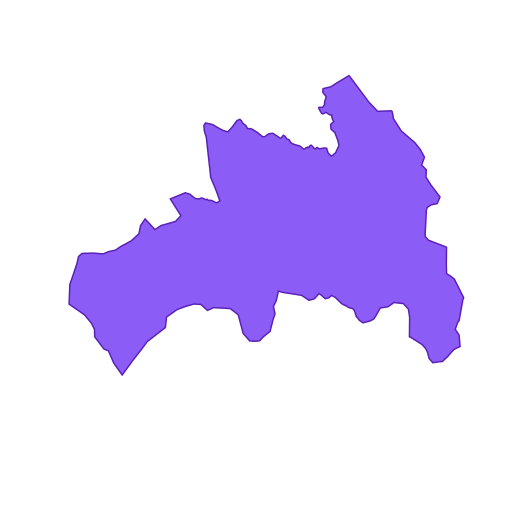 outline of Zaria, Kaduna, Nigeria, rotated 345°
{"feature_id": "59680162B50201894093674", "entity_name": "Zaria", "entity_type": "district", "adm_level": 2, "iso_a3": "NGA", "parent_name": "Nigeria", "parent_adm1": "Kaduna", "projection": "natural_earth1", "projection_center": [7.7, 11.029], "detail": "fine", "context": "isolated", "style": "filled", "palette": "violet", "viewbox_px": 512, "rotation_deg": 345, "n_neighbors": 0, "source": "geoboundaries", "source_scale": "gbopen_adm2", "svg_char_len": 3659}
<svg xmlns="http://www.w3.org/2000/svg" viewBox="0 0 512 512"><g transform="rotate(345 256 256)"><path d="M415.4,402.7L415.9,402.1L423.0,397.5L429.7,396.2L431.7,385.0L429.5,378.3L433.7,372.3L435.4,371.1L444.4,351.9L445.8,350.0L441.6,329.7L438.8,325.8L435.5,322.4L437.6,313.7L442.3,296.8L426.6,285.3L424.4,280.7L432.5,255.6L434.0,253.4L438.4,251.9L444.6,252.3L449.0,246.6L443.2,232.4L440.6,223.7L442.8,216.8L439.5,211.0L444.3,204.2L442.9,198.5L442.3,195.7L438.7,187.5L428.7,172.9L424.6,159.8L424.2,158.6L424.5,157.7L424.9,151.8L424.4,150.8L417.9,149.3L410.8,147.7L409.0,144.1L404.7,136.3L394.8,111.3L392.5,105.8L378.6,109.8L372.1,111.9L364.1,111.7L362.9,115.0L365.0,120.4L362.3,124.7L361.2,127.7L358.8,129.6L355.5,128.7L354.9,129.1L355.0,130.5L356.2,135.0L356.6,135.6L357.2,135.9L357.7,136.0L358.6,135.9L360.1,135.3L361.6,136.2L363.3,138.3L364.5,139.1L365.4,139.3L365.2,143.3L365.4,144.3L365.5,144.9L365.9,146.2L362.1,148.3L361.3,152.8L364.3,157.5L364.1,157.6L364.5,160.9L364.9,164.8L364.8,170.6L359.7,176.8L356.2,178.5L354.9,178.9L354.6,179.0L354.3,178.5L352.4,175.4L352.3,173.7L352.1,172.5L352.2,170.4L351.1,169.6L349.5,169.3L348.8,169.2L346.8,169.0L345.3,169.1L344.2,168.1L343.1,166.9L342.6,167.1L342.0,168.0L341.4,167.6L340.0,167.3L339.8,166.5L339.7,166.2L338.6,164.2L338.2,163.4L337.6,163.2L336.9,163.3L335.8,164.3L335.3,165.0L334.8,164.9L334.3,164.2L333.1,164.5L332.5,164.3L332.1,164.4L331.7,165.0L330.6,165.2L329.5,165.0L329.2,164.4L328.6,163.7L328.4,163.2L327.7,162.3L327.2,161.5L326.5,160.9L326.3,160.7L325.4,160.3L320.9,157.5L319.1,155.7L318.9,155.2L318.5,153.8L317.9,152.1L316.0,150.9L315.5,149.3L315.2,148.1L313.6,146.4L311.0,148.5L309.7,148.4L307.5,145.6L303.9,141.8L300.7,141.3L299.2,141.5L295.7,142.9L294.3,142.9L293.1,142.3L291.4,139.9L289.1,136.7L287.3,134.9L285.8,133.2L284.1,131.7L280.7,130.7L280.4,128.7L279.7,126.9L277.9,124.9L277.3,123.1L276.9,121.6L275.8,119.8L272.6,120.3L266.8,125.0L260.9,128.8L256.7,126.2L252.1,121.9L248.2,117.8L241.6,114.4L239.4,116.6L238.5,121.5L238.7,128.6L232.6,168.5L234.4,181.8L234.9,187.4L235.4,193.4L232.3,194.4L231.2,194.0L229.9,193.1L229.1,192.2L227.8,191.1L226.1,190.2L225.2,190.4L224.1,189.6L223.8,188.8L222.9,188.5L221.8,188.5L220.9,187.6L219.5,186.4L218.4,185.8L216.3,186.1L214.1,185.6L212.5,184.9L211.1,183.3L210.0,181.9L208.2,179.2L204.0,176.6L188.0,178.7L193.9,197.6L187.1,201.8L172.2,202.0L165.2,204.3L158.5,191.5L152.4,196.7L148.6,204.3L139.3,209.1L127.5,211.9L121.6,214.0L115.3,213.6L108.9,214.4L99.4,211.0L88.6,208.5L84.5,210.5L81.3,216.6L74.4,227.1L68.8,235.3L63.0,254.1L75.1,268.4L79.6,278.2L81.0,285.0L80.7,286.2L79.3,292.4L85.1,306.6L88.9,309.4L90.9,322.6L95.9,336.3L110.2,324.8L121.5,316.3L128.8,310.5L149.9,301.7L153.8,291.8L158.7,290.0L166.0,287.3L174.8,286.5L183.6,286.3L190.2,288.5L195.1,296.0L201.7,294.9L210.6,297.8L217.6,300.2L223.6,308.1L223.6,327.6L226.4,333.2L227.8,336.3L232.2,337.9L237.6,338.9L241.9,336.1L250.1,332.4L256.1,321.7L259.4,316.9L259.8,309.2L263.9,304.5L268.6,295.7L272.3,298.0L289.9,305.8L295.7,312.5L301.4,312.4L307.3,308.5L308.7,310.5L311.9,315.2L315.7,315.2L318.7,313.6L321.8,316.4L326.4,324.2L329.1,326.8L329.6,326.9L330.9,328.3L332.4,329.9L335.3,331.6L336.2,332.4L336.6,333.0L336.7,333.8L336.9,335.2L337.0,335.7L337.2,336.5L337.0,337.4L337.1,338.3L337.3,339.4L337.1,340.4L338.2,342.1L338.8,344.3L342.0,348.2L349.5,348.3L353.5,347.3L356.4,344.7L362.6,338.4L370.4,339.2L377.4,336.6L377.6,336.8L386.0,340.1L386.7,341.3L389.5,346.8L388.5,355.1L383.3,373.7L383.3,373.9L384.0,374.2L393.6,384.6L395.9,389.3L396.7,393.0L396.7,399.9L399.2,404.9L406.0,405.6L408.7,406.2L412.7,404.0L415.3,402.7L415.4,402.7Z" fill="#8b5cf6" stroke="#5b21b6" stroke-width="1.5"/></g></svg>